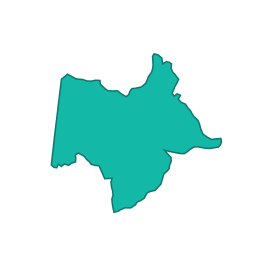 outline of Corumbataí do Sul, Paraná, Brazil, rotated 219°
{"feature_id": "56859067B3093140502947", "entity_name": "Corumbataí do Sul", "entity_type": "district", "adm_level": 2, "iso_a3": "BRA", "parent_name": "Brazil", "parent_adm1": "Paraná", "projection": "albers", "projection_center": [-52.152, -24.127], "detail": "fine", "context": "isolated", "style": "filled", "palette": "teal", "viewbox_px": 256, "rotation_deg": 219, "n_neighbors": 0, "source": "geoboundaries", "source_scale": "gbopen_adm2", "svg_char_len": 1702}
<svg xmlns="http://www.w3.org/2000/svg" viewBox="0 0 256 256"><g transform="rotate(219 128 128)"><path d="M85.8,53.7L83.3,57.1L82.3,60.0L80.2,64.0L75.6,67.6L73.9,73.0L74.3,76.3L72.7,79.0L71.2,83.5L72.3,89.4L71.1,92.2L67.7,96.6L67.4,101.9L67.1,104.9L69.0,109.6L71.2,115.0L70.5,119.2L70.4,122.3L72.1,125.0L73.5,129.4L76.1,132.2L80.8,132.8L85.9,133.7L81.5,135.6L71.0,141.2L68.0,143.7L66.9,147.1L66.1,151.0L64.7,154.8L61.8,157.4L56.6,160.1L54.0,161.8L51.3,163.8L45.8,170.0L45.5,173.2L46.9,176.5L49.3,178.3L53.3,174.4L55.8,171.7L60.6,170.8L65.9,170.4L71.1,173.2L75.0,176.1L78.2,177.9L81.2,178.3L84.5,178.4L87.6,179.6L90.5,180.8L93.9,181.3L98.3,182.7L102.8,181.4L107.1,182.1L107.8,186.4L111.3,185.5L112.1,181.9L115.5,182.7L116.4,185.9L117.5,189.1L118.3,193.6L119.3,197.8L122.2,198.3L125.0,199.2L128.1,199.5L132.0,201.4L134.5,205.2L137.4,205.0L140.0,203.6L141.3,199.6L145.7,203.6L150.8,203.8L154.3,202.1L154.1,199.2L151.5,196.4L148.2,192.8L146.5,190.2L144.8,186.3L144.4,180.5L143.1,177.0L142.4,173.6L143.4,168.4L147.2,163.6L149.8,161.0L149.5,157.4L148.4,154.3L149.2,151.2L154.5,150.3L159.6,150.3L163.2,147.1L166.9,144.4L169.9,144.1L177.0,144.6L179.7,147.3L183.2,144.8L186.1,141.2L189.5,138.7L193.7,137.2L197.6,134.5L200.1,133.3L202.9,132.9L208.9,131.7L209.5,128.1L210.5,124.2L195.7,100.5L193.5,97.1L182.7,79.8L164.3,51.0L160.7,50.8L158.3,52.3L159.3,56.1L155.7,56.1L154.7,60.0L150.7,61.6L149.7,65.2L147.4,68.5L149.4,71.5L151.7,73.6L151.0,77.2L146.9,78.0L144.2,78.5L141.0,77.6L136.9,77.4L133.7,76.6L129.6,78.4L126.9,80.5L117.8,75.8L114.2,73.9L108.7,78.9L107.2,75.2L103.1,71.3L100.2,69.3L97.2,66.2L95.9,62.7L93.3,60.0L91.3,58.1L88.8,56.0L85.8,53.7Z" fill="#14b8a6" stroke="#0f766e" stroke-width="1.5"/></g></svg>